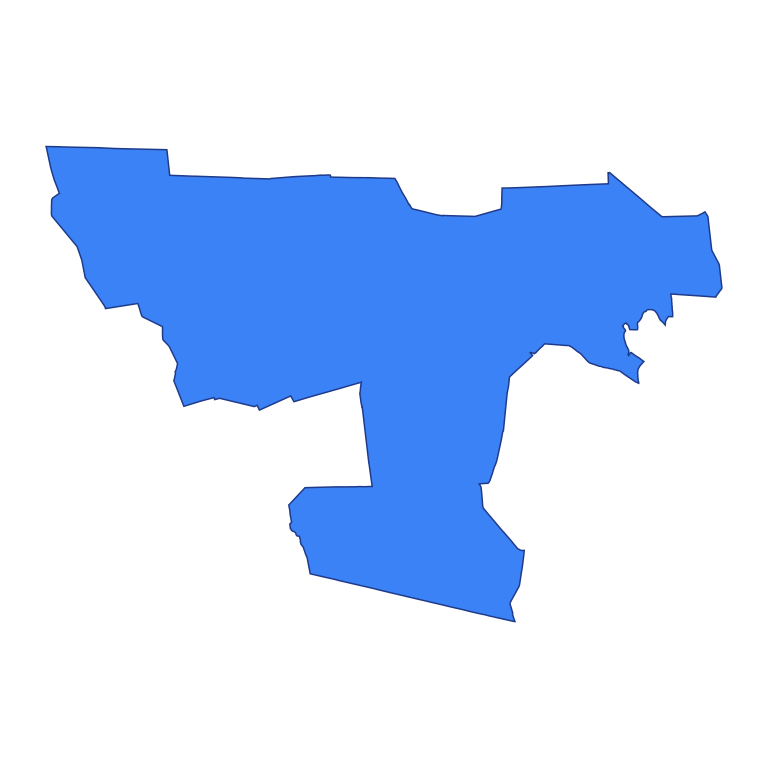 Albesti, Constanta, Romania
{"feature_id": "2599482B76974698099004", "entity_name": "Albesti", "entity_type": "district", "adm_level": 2, "iso_a3": "ROU", "parent_name": "Romania", "parent_adm1": "Constanta", "projection": "robinson", "projection_center": [28.424, 43.8], "detail": "fine", "context": "isolated", "style": "filled", "palette": "blue", "viewbox_px": 768, "rotation_deg": 0, "n_neighbors": 0, "source": "geoboundaries", "source_scale": "gbopen_adm2", "svg_char_len": 5989}
<svg xmlns="http://www.w3.org/2000/svg" viewBox="0 0 768 768"><path d="M46.1,146.5L46.4,147.6L50.6,167.2L51.8,171.7L54.4,180.3L57.1,187.2L58.8,191.9L59.5,193.2L52.8,197.9L52.4,198.3L51.8,199.5L51.7,200.5L51.5,205.1L51.4,214.2L51.8,216.0L77.1,246.6L81.8,260.1L85.2,277.6L101.2,301.0L104.9,306.6L105.5,308.6L137.7,303.5L138.1,304.3L139.5,308.5L141.0,313.7L141.7,315.7L142.4,316.6L143.0,317.1L162.0,326.4L162.3,326.8L162.5,327.3L162.6,327.8L162.5,329.5L162.5,335.1L162.8,339.1L163.0,339.6L163.6,340.5L167.7,344.7L169.3,346.6L177.5,363.4L177.5,363.9L176.7,367.7L176.1,370.0L175.2,371.5L175.4,373.4L175.2,374.8L174.1,380.1L173.8,380.6L174.1,381.4L183.9,406.3L200.4,401.2L214.0,397.6L214.7,399.6L219.6,398.3L254.4,406.6L257.1,405.3L259.4,410.1L290.6,396.0L290.8,396.2L294.0,401.7L306.5,397.9L316.6,395.0L327.7,391.9L361.4,382.2L361.1,383.1L361.0,384.2L360.6,387.0L360.2,391.4L359.9,393.1L359.9,394.1L360.1,395.6L360.3,396.9L360.5,398.4L360.8,400.3L361.0,402.7L361.5,404.5L361.9,407.2L362.0,407.5L362.3,407.3L368.8,462.7L369.1,464.3L371.0,478.1L372.2,486.5L369.5,486.5L365.0,486.7L358.7,486.6L355.3,486.8L342.0,486.9L335.1,486.9L311.2,487.5L305.0,487.7L288.8,505.0L289.1,506.8L289.9,511.1L290.1,514.1L291.6,522.3L289.8,524.0L290.4,528.6L290.8,528.7L291.6,530.5L291.9,530.7L292.5,531.1L294.4,531.8L295.3,532.5L295.6,533.0L296.0,533.9L296.1,534.7L296.8,535.7L297.1,535.9L299.3,536.3L299.5,536.7L299.7,537.5L300.4,540.0L300.4,542.1L300.7,542.7L301.0,544.3L302.8,546.5L303.3,547.4L305.6,554.1L307.2,558.0L310.2,573.8L323.6,576.9L333.5,579.1L341.3,581.1L372.2,588.2L382.2,590.7L393.0,593.3L403.4,595.7L407.4,596.7L433.9,602.9L454.1,607.7L460.5,609.1L472.1,612.0L481.9,614.2L484.7,614.7L489.5,616.0L514.1,621.5L515.0,621.5L514.2,619.6L512.5,614.4L512.7,613.3L512.7,612.9L510.0,603.8L510.0,603.3L510.2,602.7L511.6,599.9L515.8,592.3L518.9,586.7L519.5,584.9L521.2,573.8L522.5,565.6L523.7,555.9L524.2,551.1L524.2,550.6L523.9,550.5L523.9,550.3L522.7,550.6L522.0,550.5L521.0,550.3L520.1,550.0L517.8,548.7L517.0,547.9L511.7,541.4L504.3,532.9L503.9,532.3L502.8,531.3L500.5,528.6L484.3,509.4L483.4,508.1L483.2,507.8L482.8,506.7L482.7,505.7L481.5,491.0L481.1,487.8L480.8,486.6L480.5,486.0L479.9,485.0L479.0,484.0L479.1,483.8L487.5,483.3L488.3,483.1L488.7,482.7L490.0,480.4L492.6,472.7L493.1,470.9L493.2,470.3L493.5,469.7L494.2,467.5L494.3,467.1L495.4,464.7L496.5,461.6L497.0,459.9L497.1,458.8L497.3,458.5L501.4,439.3L502.8,431.4L503.2,431.2L503.4,430.8L503.5,429.9L507.1,393.6L508.6,385.5L509.5,377.0L516.8,370.1L522.1,365.4L531.9,356.3L532.6,355.5L530.1,352.8L530.6,352.5L531.5,352.6L533.6,353.4L534.3,353.7L535.1,352.9L535.5,353.0L539.0,349.3L543.0,345.6L544.4,344.0L544.7,343.9L547.1,344.0L566.3,345.5L567.6,345.5L568.5,345.5L569.1,345.7L569.9,346.2L571.1,346.8L572.1,347.3L572.9,347.9L575.3,349.8L577.2,351.4L579.7,353.0L580.3,353.4L581.6,354.6L583.9,357.2L585.2,358.6L586.7,360.3L588.8,362.3L589.4,362.7L590.1,363.1L595.5,364.9L596.6,365.3L597.7,365.7L599.0,366.2L600.1,366.3L601.3,366.5L603.1,367.3L603.8,367.4L604.7,367.6L607.3,367.9L610.5,368.8L612.4,368.9L612.7,369.0L613.9,369.6L615.7,369.9L617.2,370.5L618.7,370.7L619.8,370.9L623.7,373.9L635.1,381.6L638.7,383.3L638.8,382.9L638.0,379.3L637.6,372.0L638.1,369.2L639.6,366.4L641.2,364.4L643.9,361.5L640.6,359.1L639.4,358.1L634.9,355.3L632.6,353.6L631.3,352.6L631.1,352.5L630.8,352.5L630.3,352.8L629.6,354.0L629.2,354.5L629.0,354.9L628.8,355.6L628.7,355.7L628.3,355.3L628.2,354.7L628.3,354.1L628.4,353.7L628.6,352.9L628.5,352.6L628.5,352.2L628.7,351.7L628.8,351.4L628.8,350.8L628.7,350.2L628.0,348.8L627.7,348.4L627.3,347.3L627.0,347.1L625.9,344.5L625.2,342.0L624.9,341.1L624.0,338.0L624.0,337.0L623.9,336.8L623.9,334.5L624.1,333.4L624.6,332.0L625.3,331.3L625.5,330.7L625.0,329.4L623.4,327.7L623.5,327.1L623.3,326.7L622.6,326.3L622.9,325.7L623.6,324.8L624.4,324.0L624.6,323.6L626.5,323.1L626.8,324.1L627.5,324.4L628.0,324.9L628.5,325.5L628.8,326.5L628.9,327.0L629.2,327.9L629.6,329.1L629.8,329.6L630.1,329.6L636.0,329.8L637.2,329.7L637.5,329.6L637.7,327.7L637.4,322.9L637.7,322.4L638.4,321.9L639.2,321.1L640.7,319.2L641.4,317.9L642.1,316.1L642.3,315.0L643.5,312.6L644.0,312.1L644.6,311.6L645.5,311.6L645.9,311.5L646.2,311.1L646.8,310.1L647.6,309.7L649.6,309.6L651.1,309.6L652.7,309.8L653.9,310.4L655.0,311.1L656.8,313.2L658.1,315.6L659.1,317.9L659.6,318.9L660.0,319.7L660.9,320.6L663.1,322.6L665.2,325.0L665.6,320.9L668.3,316.6L672.6,316.7L672.7,313.5L672.6,312.2L672.2,308.9L672.1,307.9L672.1,307.2L672.2,306.5L671.9,305.2L671.9,303.5L671.7,301.9L671.6,298.6L671.6,298.2L671.1,296.8L671.0,295.1L671.0,294.0L699.0,295.9L715.8,297.1L716.1,296.4L716.8,295.3L720.2,290.6L721.4,289.2L721.8,288.2L721.9,287.3L721.3,282.5L719.3,264.8L719.1,264.2L712.0,250.7L711.8,250.2L711.4,247.4L709.8,233.1L709.6,231.7L709.3,228.9L708.7,223.9L708.1,218.0L707.8,216.3L707.5,215.8L705.2,212.3L705.0,211.9L702.3,213.4L699.7,214.7L697.5,215.8L696.9,215.9L665.0,216.7L663.1,216.8L662.4,216.7L661.8,216.4L661.2,216.1L650.2,207.0L640.0,198.2L626.0,186.4L617.9,179.6L609.7,172.6L609.1,173.3L608.6,172.8L608.3,172.7L608.1,172.7L608.4,183.8L590.0,184.5L561.3,185.8L547.4,186.5L534.9,187.0L511.4,187.9L507.9,188.0L502.1,188.0L501.8,197.4L501.8,202.8L501.2,209.0L475.1,216.4L456.1,215.9L453.7,215.8L449.2,215.7L446.8,215.6L445.3,215.6L443.9,215.4L442.9,215.4L442.7,215.5L442.7,215.8L441.5,215.7L440.0,215.3L438.4,215.1L435.4,214.5L424.7,211.8L417.3,210.0L413.6,209.2L412.8,208.9L412.1,208.5L411.3,207.8L409.5,204.4L409.0,204.6L406.2,199.2L402.0,192.1L400.4,188.9L399.4,187.1L398.4,184.8L396.6,181.3L395.8,180.0L395.4,179.4L394.9,178.5L390.5,178.3L380.8,178.1L368.8,177.7L353.4,177.6L339.9,177.3L330.5,177.1L330.5,175.5L330.2,175.1L329.5,175.0L327.7,175.0L321.6,175.3L321.5,175.1L317.5,175.4L317.5,175.5L294.8,176.6L271.1,178.5L269.5,178.9L242.2,178.1L242.1,177.9L231.0,177.4L230.7,177.4L194.5,176.2L192.7,176.2L169.7,175.3L166.9,149.8L166.7,149.7L126.2,148.8L114.3,148.5L98.4,147.7L73.4,147.2L61.9,146.9L60.7,146.8L46.1,146.5Z" fill="#3b82f6" stroke="#1e3a8a" stroke-width="1.5"/></svg>